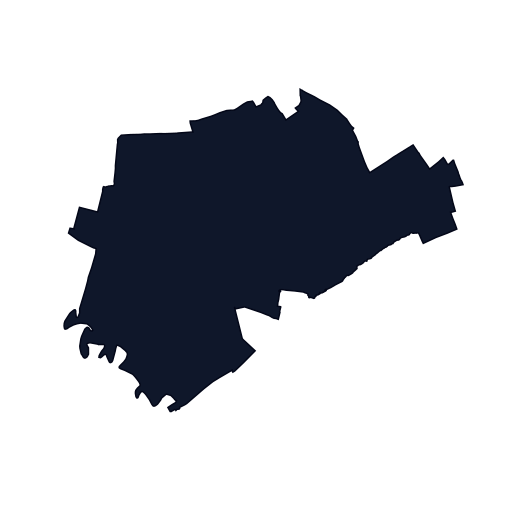 the district of Berezeni, Vaslui, Romania, rotated 105°
{"feature_id": "2599482B46887987422837", "entity_name": "Berezeni", "entity_type": "district", "adm_level": 2, "iso_a3": "ROU", "parent_name": "Romania", "parent_adm1": "Vaslui", "projection": "albers", "projection_center": [28.128, 46.41], "detail": "fine", "context": "isolated", "style": "filled", "palette": "ink", "viewbox_px": 512, "rotation_deg": 105, "n_neighbors": 0, "source": "geoboundaries", "source_scale": "gbopen_adm2", "svg_char_len": 6109}
<svg xmlns="http://www.w3.org/2000/svg" viewBox="0 0 512 512"><g transform="rotate(105 256 256)"><path d="M352.4,412.7L356.7,411.6L361.0,412.1L361.6,412.6L361.7,413.4L361.3,413.9L357.3,415.5L355.7,415.9L354.8,416.7L355.0,417.5L355.5,418.1L358.5,420.3L359.8,421.0L362.6,421.9L368.3,423.7L370.6,423.8L373.2,423.3L375.3,422.4L376.0,421.8L375.9,420.9L374.9,419.5L373.3,418.3L369.8,414.5L367.8,411.4L366.3,408.3L366.1,407.5L365.3,401.9L365.4,401.1L367.1,397.5L368.7,395.4L370.0,394.5L370.8,394.9L371.0,395.7L370.8,396.6L370.4,397.2L368.7,398.9L368.5,400.4L368.9,401.1L371.0,402.4L371.7,402.5L378.6,403.6L381.4,403.7L388.6,402.9L390.8,402.1L395.7,399.5L396.7,398.3L398.4,396.6L398.9,395.6L398.9,394.9L398.5,394.2L397.3,393.2L396.5,392.9L394.2,392.4L388.0,394.1L385.7,396.4L385.0,396.6L384.2,396.3L383.2,395.0L382.7,393.5L382.1,386.0L382.3,385.2L380.9,380.3L381.1,379.4L381.7,379.0L383.2,378.8L384.9,379.1L387.9,380.5L391.4,381.4L392.9,381.7L394.5,381.5L394.5,379.9L393.2,378.8L391.1,377.5L390.0,376.3L390.0,375.5L390.4,374.8L391.9,373.9L395.8,370.7L396.5,370.0L396.7,369.4L396.6,368.8L395.6,367.8L393.9,367.4L384.2,367.4L381.8,367.6L378.6,367.5L378.1,367.3L378.0,366.7L378.5,363.5L381.3,357.4L381.9,356.8L382.2,356.0L382.9,355.4L384.4,354.7L387.0,354.7L389.4,355.0L392.6,356.3L396.2,358.4L398.1,359.4L398.9,359.4L399.4,359.1L399.9,357.7L400.4,353.1L402.1,344.6L402.8,343.3L404.4,340.9L407.5,336.9L408.6,335.7L410.3,334.5L411.0,334.4L411.6,334.6L414.3,336.3L416.8,337.3L418.4,337.3L420.0,336.9L423.0,335.5L424.0,334.3L423.7,333.6L422.9,333.3L420.5,333.1L418.2,332.4L416.7,331.7L416.3,330.3L416.4,329.8L417.6,327.6L418.6,326.2L422.3,321.8L426.0,318.4L427.1,317.1L427.5,316.4L427.4,315.6L427.0,314.9L426.5,314.3L424.6,312.8L420.0,310.9L417.6,310.4L412.8,307.1L412.6,306.2L412.7,302.6L412.8,301.9L414.7,298.6L415.8,297.2L416.2,296.2L416.2,295.4L417.6,295.5L418.7,296.0L421.2,298.5L425.1,301.9L428.4,298.7L428.3,297.8L425.3,294.8L425.4,293.8L425.9,293.4L424.5,292.6L423.8,290.7L423.0,290.3L421.9,290.6L418.2,286.4L416.5,284.8L397.6,272.0L388.5,265.2L383.1,260.1L372.5,249.6L373.2,249.3L374.2,248.3L372.6,246.8L362.4,240.6L347.8,232.3L340.5,246.1L339.7,247.5L339.0,248.1L310.7,263.8L312.1,262.5L312.2,261.8L308.1,253.8L309.2,236.6L310.0,230.0L310.1,228.1L310.6,226.2L311.2,224.4L311.3,223.4L311.5,222.4L311.3,221.5L311.2,220.0L311.4,218.1L304.1,218.3L303.4,218.8L298.8,218.9L298.6,219.1L299.0,222.2L296.4,222.6L296.0,222.8L292.1,222.9L284.7,223.9L284.7,223.6L283.9,223.1L283.6,223.2L283.7,224.0L284.0,224.7L283.6,224.9L282.3,224.0L281.9,222.9L281.5,221.1L281.2,217.8L279.7,209.5L278.5,200.8L278.8,199.6L278.9,197.6L279.3,195.8L280.2,195.8L280.6,195.6L281.0,194.8L282.4,194.2L282.4,193.4L282.0,193.1L281.9,192.7L281.8,191.1L282.0,189.3L281.7,188.8L281.2,188.5L279.9,188.5L279.6,187.9L279.3,187.7L278.0,187.6L278.0,187.3L277.6,186.1L276.3,185.4L276.3,185.2L276.4,184.9L276.3,184.7L275.7,184.6L274.9,184.8L275.1,183.8L274.6,183.2L274.5,182.6L274.1,182.4L273.6,181.6L272.9,180.9L272.5,180.8L272.2,180.1L271.5,180.1L271.4,180.2L271.4,180.6L271.0,180.6L270.9,180.3L271.3,179.6L271.2,179.3L270.9,179.3L270.6,179.8L270.2,179.9L270.1,179.4L269.7,178.7L269.0,178.0L268.7,177.4L267.9,176.7L267.4,175.9L263.3,171.9L258.2,166.3L257.7,166.0L257.3,166.1L256.8,165.7L256.2,165.7L254.5,164.9L253.9,164.9L253.5,164.4L252.6,163.9L252.0,163.7L251.1,163.0L250.9,161.7L248.6,159.4L247.3,158.3L246.3,158.0L243.5,156.1L242.6,155.8L242.5,155.5L242.0,155.2L240.0,156.0L239.6,155.9L239.2,155.3L238.3,154.8L237.9,154.4L237.4,153.1L236.3,151.9L235.2,151.1L234.6,150.5L233.7,150.3L232.7,149.6L232.5,149.4L232.4,147.9L232.0,147.5L231.1,147.8L230.0,147.1L229.2,145.4L228.5,144.3L228.0,144.0L227.0,143.7L223.5,140.9L222.6,140.6L221.9,139.8L218.7,137.7L218.4,136.8L216.0,135.2L215.3,134.3L214.4,133.7L213.7,132.6L212.4,131.6L211.7,131.4L211.2,130.7L210.1,128.6L209.0,127.9L208.6,127.0L206.8,126.4L204.3,124.1L203.6,122.3L202.7,121.6L202.2,121.6L201.1,121.0L200.1,119.7L199.2,117.8L198.2,116.4L196.6,115.3L196.4,114.5L195.8,113.6L195.4,113.4L194.4,113.3L193.3,112.2L193.1,111.7L193.4,110.5L193.3,109.8L192.6,108.2L192.4,107.0L191.8,105.8L191.7,105.3L191.9,104.8L193.1,103.7L198.8,99.2L200.5,97.7L191.5,87.0L184.3,77.0L178.0,69.0L173.8,71.9L168.6,75.8L163.4,79.4L163.0,78.3L161.1,75.1L153.4,79.7L139.5,87.1L139.0,87.2L138.8,87.0L138.3,85.1L136.8,81.4L133.5,74.5L131.6,75.8L130.3,76.9L129.7,77.7L127.6,79.3L125.0,81.0L124.5,81.5L122.5,82.6L115.4,88.0L112.4,89.9L112.5,90.5L117.2,93.3L117.8,94.3L117.7,94.8L117.5,95.2L113.9,98.7L112.5,100.6L117.8,103.9L127.1,110.8L123.5,114.9L116.4,123.5L114.5,125.2L113.9,126.4L108.1,133.0L124.9,148.8L131.0,153.9L146.1,167.7L142.0,171.7L136.9,175.7L124.5,184.4L121.6,186.2L120.4,186.7L119.4,186.8L118.9,187.6L114.8,190.6L109.8,195.3L109.1,195.4L107.6,194.8L107.2,194.8L106.1,197.3L104.2,199.7L100.5,203.8L100.4,203.8L97.6,209.3L94.2,215.3L91.1,223.9L88.8,234.7L87.1,240.8L85.3,249.9L84.3,253.8L84.0,254.2L84.0,255.1L83.6,256.5L89.8,254.7L90.3,254.1L91.1,253.9L94.3,252.6L95.8,252.5L99.1,253.3L100.3,253.8L100.3,254.1L102.9,256.3L103.9,254.9L105.3,252.4L116.9,262.3L111.8,267.5L111.2,269.5L109.4,272.0L107.7,273.9L104.3,277.3L103.1,278.2L100.9,280.8L99.4,283.5L98.9,285.7L101.1,287.6L103.7,289.4L106.3,289.1L107.8,290.0L108.7,290.2L112.0,294.6L108.2,298.3L107.3,299.6L107.9,300.6L109.3,303.9L109.6,304.4L112.5,307.4L118.4,312.4L120.5,314.6L121.1,315.9L121.8,318.4L123.1,322.0L127.0,328.0L130.2,332.1L132.8,335.7L137.8,343.8L139.9,346.8L141.2,349.5L142.7,354.6L144.6,353.9L152.5,349.0L157.4,363.2L157.6,363.2L161.3,375.2L162.8,381.0L165.8,390.6L167.0,395.3L168.5,399.2L171.2,408.5L174.2,417.4L177.9,419.5L179.3,419.8L182.6,418.8L183.8,418.8L205.0,415.2L207.9,414.4L212.5,413.6L220.6,412.4L223.0,411.4L224.6,411.6L225.2,412.0L225.6,413.9L226.2,415.1L226.6,416.4L227.0,416.8L227.6,418.1L228.3,418.9L228.5,420.4L228.4,421.0L229.0,421.4L231.5,421.3L233.3,420.8L254.5,420.4L254.7,439.1L276.0,439.1L276.9,438.7L277.3,442.8L282.4,443.0L286.8,431.7L289.7,417.6L290.2,414.8L290.1,413.9L290.3,412.3L295.5,411.4L310.1,411.7L319.9,412.4L323.8,412.1L332.1,412.1L352.4,412.7Z" fill="#0f172a" stroke="#020617" stroke-width="1.5"/></g></svg>